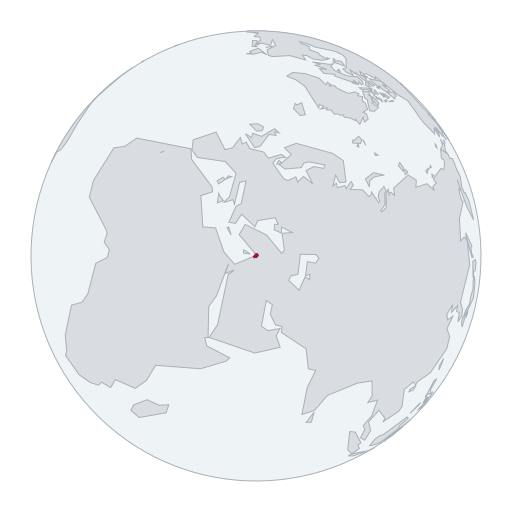 Hatay highlighted on a globe, orthographic projection, rotated 47°
{"feature_id": "TUR-2289", "entity_name": "Hatay", "entity_type": "Province", "adm_level": 1, "iso_a3": "TUR", "parent_name": "Turkey", "parent_adm1": "", "projection": "orthographic", "projection_center": [36.26, 36.42], "detail": "fine", "context": "on_globe", "style": "filled", "palette": "rose", "viewbox_px": 512, "rotation_deg": 47, "n_neighbors": 0, "source": "natural_earth", "source_scale": "10m", "svg_char_len": 11099}
<svg xmlns="http://www.w3.org/2000/svg" viewBox="0 0 512 512"><g transform="rotate(47 256 256)"><circle cx="256" cy="256" r="225" fill="#eef3f6" stroke="#a8b0b8"/><path d="M220.9,33.5L236.0,32.4L262.5,32.7L272.0,32.4L269.0,33.2L288.0,33.4L303.1,35.9L285.2,33.4L282.8,33.5L292.6,35.1L292.3,35.7L296.8,37.0L295.5,37.8L285.2,36.9L284.1,37.5L291.2,38.7L294.3,40.6L284.1,38.7L288.5,42.1L272.0,42.5L245.8,39.1L235.8,42.1L206.5,46.5L208.3,47.6L198.4,50.7L196.7,53.4L191.8,54.0L194.8,55.7L199.6,54.6L202.6,55.2L202.1,56.8L195.7,57.7L195.0,57.0L192.8,58.1L189.8,58.0L191.0,59.0L183.3,60.2L190.1,61.6L183.3,64.7L178.4,64.9L180.0,61.5L172.7,55.4L168.2,55.5L160.3,58.5L142.9,70.7L137.5,72.7L129.3,77.7L131.7,77.9L139.0,74.1L141.5,76.2L150.1,71.9L152.3,72.4L160.7,69.8L158.1,74.0L151.1,79.7L144.1,82.2L140.8,85.0L146.5,86.0L132.4,94.7L121.4,107.9L117.8,110.1L112.8,107.3L115.4,97.9L108.9,96.5L111.8,101.6L102.9,107.8L100.9,110.9L100.6,113.2L103.5,112.6L100.2,115.9L96.1,111.6L99.0,108.5L100.3,109.7L101.4,105.6L98.6,103.8L94.3,107.6L94.6,102.4L91.5,105.3L89.9,106.1L94.7,101.7L86.0,109.9L85.6,108.6L96.4,97.0L107.9,86.3L120.1,76.3L133.1,67.2L146.6,59.1L160.7,51.9L175.2,45.7L190.1,40.6L205.4,36.5L220.9,33.5ZM34.0,217.9L32.3,229.2L31.5,248.4L31.3,259.3L31.0,262.4L31.6,268.7L31.7,271.9L37.5,296.9L43.3,315.5L45.1,326.5L44.1,330.8L47.9,342.3L42.4,327.5L37.9,312.3L34.4,296.8L32.1,281.1L30.9,265.3L30.8,249.5L31.8,233.6L34.0,217.9ZM229.7,32.3L231.8,32.0L228.6,32.4L227.0,32.6L229.7,32.3ZM279.0,32.5L273.6,32.0L278.9,32.4L279.0,32.5ZM297.7,37.1L299.3,37.1L301.0,37.8L297.7,37.1ZM161.5,67.8L161.1,68.8L159.7,68.7L161.5,67.8ZM165.5,65.9L164.3,65.1L166.0,64.1L166.7,64.6L165.5,65.9ZM300.5,39.8L302.7,41.2L298.7,39.6L300.5,39.8ZM166.6,67.2L169.2,62.5L172.3,60.8L177.6,61.5L166.6,67.2ZM302.8,41.9L308.3,45.9L312.4,46.1L303.8,48.1L302.0,43.8L296.4,41.5L301.1,42.4L302.8,41.9ZM201.4,53.7L196.2,54.8L201.0,52.4L201.4,53.7ZM203.7,52.1L214.3,45.1L221.7,44.6L216.6,46.9L226.6,45.5L225.1,48.6L219.3,50.1L214.8,49.7L217.6,51.3L203.7,52.1ZM298.2,48.8L298.0,49.9L296.3,48.6L298.2,48.8ZM204.1,55.2L205.6,53.7L212.1,53.1L210.4,56.1L208.8,55.3L204.1,55.2ZM230.0,43.7L234.6,44.1L234.6,46.7L236.3,47.2L225.7,48.7L230.0,43.7ZM207.1,56.3L209.4,57.8L205.8,59.6L203.2,56.7L207.1,56.3ZM214.6,51.8L217.6,51.7L215.3,52.7L214.6,51.8ZM194.6,67.7L196.2,65.5L199.7,64.9L194.6,67.7ZM210.4,58.2L211.6,57.6L213.2,57.2L213.9,58.6L210.4,58.2ZM226.4,50.6L225.5,51.7L230.8,50.1L231.0,52.2L223.9,52.9L227.0,53.5L227.1,54.2L221.2,54.1L226.4,50.6ZM219.4,59.0L210.4,61.1L206.6,65.1L203.4,65.7L210.0,59.2L219.4,59.0ZM221.0,56.1L219.3,57.9L216.1,57.4L215.3,55.9L221.0,56.1ZM233.7,53.5L235.2,50.0L236.7,50.0L233.7,53.5ZM218.9,60.2L221.1,59.7L219.0,60.5L218.9,60.2ZM229.9,55.6L230.2,54.3L231.9,54.3L229.9,55.6ZM225.2,59.9L222.3,60.5L221.6,59.4L225.2,59.9ZM227.8,58.0L230.1,58.4L223.2,58.6L227.7,57.4L227.8,58.0ZM231.4,55.8L232.6,55.4L231.1,56.4L231.4,55.8ZM229.3,64.1L220.7,64.7L219.3,62.1L227.8,61.8L229.3,64.1ZM89.9,323.3L80.0,286.2L86.3,277.2L88.5,262.7L133.2,230.5L141.5,237.2L175.4,241.0L179.4,244.0L174.2,255.2L198.5,275.0L207.9,266.4L231.3,276.8L247.6,277.3L255.7,255.1L228.9,253.8L225.5,242.4L248.0,233.9L271.6,235.5L271.0,231.2L257.2,221.4L263.6,213.5L252.5,217.4L256.2,221.9L249.3,224.8L245.5,220.9L247.9,218.1L241.1,215.8L231.2,230.7L234.0,236.9L215.5,238.0L218.2,248.7L212.8,252.9L206.1,236.6L207.6,231.0L194.3,212.0L191.0,217.8L203.4,236.4L199.1,234.4L194.8,243.4L194.6,235.0L182.0,214.2L166.0,214.0L143.8,231.8L134.8,230.5L128.2,222.7L138.2,200.7L157.1,206.2L160.9,199.3L158.7,186.6L164.6,189.7L166.0,185.5L173.3,187.2L185.2,179.5L192.8,180.3L199.1,168.1L203.9,167.1L198.8,174.4L199.4,180.4L218.6,183.1L222.7,180.9L225.3,172.9L230.2,175.1L230.2,167.1L242.0,165.3L227.6,161.1L230.2,152.6L238.1,146.8L236.4,143.5L223.4,152.9L220.6,157.5L222.3,162.5L212.2,175.4L205.3,176.7L206.0,161.0L196.2,161.3L201.1,149.7L233.2,130.0L245.8,127.1L263.2,139.7L259.4,144.8L251.2,142.6L257.3,152.2L257.5,147.7L261.6,149.8L265.1,142.9L268.2,144.1L266.3,135.7L270.5,136.4L271.6,141.7L280.4,132.9L289.5,132.9L290.0,130.4L287.9,127.8L300.9,130.0L300.6,128.1L296.3,126.6L293.1,122.1L292.4,115.1L297.0,116.2L297.8,118.9L306.4,126.5L307.9,134.0L309.7,133.8L309.4,127.7L299.0,118.2L297.3,113.7L302.9,117.5L300.7,115.8L301.3,113.9L306.1,113.3L300.3,109.0L300.5,89.5L309.9,87.1L314.8,92.2L319.7,81.7L329.9,81.0L325.8,79.4L325.5,74.1L322.3,74.2L320.4,73.1L318.1,61.0L321.1,59.5L315.6,53.8L313.5,53.1L311.0,53.8L303.8,48.1L312.4,46.1L316.6,47.6L319.1,45.9L328.4,49.7L337.2,52.5L346.0,58.5L352.2,60.7L352.5,59.9L361.1,62.7L378.1,72.3L363.3,68.1L337.6,57.0L348.0,61.5L345.3,61.8L348.9,64.4L356.2,67.8L357.3,67.3L367.4,81.7L384.5,96.1L384.1,90.5L389.2,91.3L408.2,105.8L429.1,137.8L436.1,141.5L440.1,146.4L441.9,153.2L436.2,146.1L433.2,147.0L429.7,142.3L430.6,151.6L425.6,145.3L428.8,156.2L433.4,159.4L434.4,153.0L439.3,165.8L447.1,169.4L453.9,179.7L460.3,208.0L458.1,223.1L459.2,227.2L455.3,226.8L454.8,238.6L465.6,251.8L466.9,257.8L463.8,276.5L462.9,272.4L452.7,271.3L454.1,286.9L461.9,291.2L464.8,302.1L460.2,303.5L456.9,294.2L453.2,293.5L451.9,280.6L444.3,265.4L439.5,274.2L437.6,266.5L426.5,256.3L418.2,268.4L406.7,298.8L408.8,318.7L403.2,330.4L387.2,308.4L380.4,290.3L374.3,294.7L358.1,282.7L329.2,289.6L325.3,285.0L319.8,288.7L308.4,285.3L302.7,277.2L295.6,278.9L311.1,299.9L318.7,298.2L325.4,287.9L328.2,295.7L339.3,300.6L326.1,323.1L283.6,345.8L280.0,330.9L250.4,288.7L251.5,283.7L251.4,283.1L251.1,282.1L247.9,290.3L242.9,281.5L258.2,312.1L260.6,324.9L283.0,346.7L280.8,349.3L288.2,353.3L312.5,344.7L312.5,349.6L300.7,373.4L267.5,403.9L272.3,420.9L270.5,434.5L250.5,443.2L253.1,452.1L243.0,454.9L242.9,459.4L235.2,463.6L222.0,466.3L198.7,463.1L196.6,459.4L184.0,449.7L166.1,424.5L171.2,414.5L168.9,404.7L152.1,378.2L155.7,365.8L151.4,358.9L142.4,357.6L137.6,349.0L132.2,347.0L99.3,337.8L89.9,323.3ZM116.6,251.5L115.1,255.7L116.6,251.5ZM296.0,248.7L310.4,247.9L304.8,234.3L309.9,233.0L306.1,229.0L304.3,233.3L295.2,222.3L301.8,217.4L300.5,211.3L295.6,211.4L285.0,222.3L298.0,237.8L294.3,244.1L296.0,248.7ZM36.8,204.2L36.0,207.7L36.1,206.9L36.8,204.2ZM48.2,169.1L46.6,173.2L47.6,170.6L48.2,169.1ZM103.2,108.1L103.4,108.5L102.4,111.4L101.4,110.9L103.2,108.1ZM106.8,120.1L101.4,125.2L104.5,121.0L102.1,121.0L105.7,112.6L116.3,110.8L110.8,112.9L106.8,120.1ZM113.5,101.6L110.0,106.7L113.4,101.3L113.5,101.6ZM166.8,162.4L168.7,166.0L165.1,170.3L155.4,170.7L160.6,164.4L166.8,162.4ZM172.3,170.3L175.6,155.5L181.8,155.1L177.8,157.7L181.5,159.0L176.0,163.6L178.6,178.4L175.6,183.2L159.4,180.4L166.3,178.5L164.0,174.8L172.3,170.3ZM173.4,123.1L175.0,118.0L186.3,123.6L183.6,127.8L173.7,128.1L171.2,123.3L173.4,123.1ZM175.6,69.8L175.5,68.5L177.2,68.1L178.8,68.9L175.6,69.8ZM195.0,66.7L178.1,75.7L177.1,74.5L168.4,81.9L162.3,81.7L168.1,76.8L156.9,82.6L159.8,78.1L152.5,82.5L166.1,71.5L168.2,68.2L168.2,71.9L173.7,72.0L176.7,71.1L186.9,66.1L194.1,59.5L200.7,59.1L203.5,60.6L202.8,62.1L198.7,61.8L200.6,64.1L194.2,64.8L195.0,66.7ZM232.1,85.4L227.6,83.1L230.5,90.2L224.0,90.0L224.8,90.9L219.6,92.8L214.6,96.8L211.8,96.1L211.1,98.0L207.6,99.5L205.7,101.9L200.1,101.7L197.2,104.8L196.2,102.9L192.7,108.4L192.8,104.3L188.3,106.2L190.6,109.2L165.2,104.5L154.5,106.6L145.5,110.8L146.8,103.9L156.0,95.8L168.7,88.7L178.8,88.0L177.5,85.3L182.0,84.3L181.1,86.9L185.1,82.4L188.6,82.3L199.9,77.7L203.5,71.8L207.7,70.2L208.0,72.5L212.0,69.4L215.4,72.7L218.5,71.7L225.0,74.4L223.7,79.7L227.3,78.3L232.4,80.6L232.1,85.4ZM230.9,65.0L230.9,70.8L227.4,73.8L217.6,68.1L214.3,68.5L208.0,65.6L213.2,61.5L214.6,62.6L217.1,62.9L214.4,64.0L218.5,63.3L220.4,65.0L224.1,64.9L223.1,66.8L230.9,65.0ZM184.8,240.4L188.0,241.6L193.3,242.1L190.7,248.0L184.8,240.4ZM175.9,226.3L178.9,226.2L177.8,234.2L174.5,233.2L175.9,226.3ZM181.5,219.6L179.2,225.6L178.5,221.7L181.5,219.6ZM201.7,174.1L205.1,173.7L205.1,175.6L202.8,178.2L201.7,174.1ZM239.1,108.3L237.2,106.1L238.4,105.3L238.4,99.3L243.2,99.3L245.0,102.9L239.1,108.3ZM250.6,258.9L245.4,263.1L243.1,260.9L245.4,259.9L250.6,258.9ZM216.2,256.2L223.7,259.9L215.4,257.8L216.2,256.2ZM244.3,107.3L243.8,104.8L246.5,106.4L244.3,107.3ZM246.6,99.0L250.0,100.3L243.7,98.6L246.6,99.0ZM336.1,466.6L336.4,466.4L336.5,466.4L336.1,466.6ZM309.4,428.7L294.4,451.6L283.6,452.7L281.4,447.1L286.8,433.7L299.3,428.5L305.3,421.3L309.4,428.7ZM476.4,302.7L476.4,302.8L476.4,302.6L476.4,302.7ZM476.0,303.8L477.0,299.9L475.4,306.3L476.0,303.8ZM475.1,306.6L468.3,321.4L465.0,325.0L466.3,320.6L471.7,311.9L475.1,306.6ZM466.0,321.0L460.2,321.0L448.3,307.2L452.6,303.5L464.2,306.7L463.6,310.1L467.2,311.7L466.0,321.0ZM478.0,283.2L477.2,292.1L474.0,299.7L472.2,302.2L471.1,294.5L471.8,287.8L473.4,284.9L476.8,255.2L478.6,255.3L478.2,266.5L479.4,270.1L478.0,283.2ZM409.9,320.0L415.3,328.9L411.9,332.7L409.9,320.0ZM476.0,237.8L476.1,250.5L475.3,235.7L476.0,237.8ZM474.3,225.4L475.4,229.1L473.9,227.2L474.3,225.4ZM461.2,232.7L459.6,236.8L458.5,234.1L459.9,227.3L461.2,232.7ZM459.0,188.6L462.9,196.7L464.0,200.1L461.3,196.7L459.0,188.6ZM284.3,106.9L279.0,115.0L278.4,121.5L283.0,126.0L274.2,123.4L275.2,113.3L284.3,106.9ZM298.1,91.4L294.0,88.0L297.2,87.6L298.6,88.3L298.1,91.4ZM294.6,90.6L286.9,90.2L285.6,87.1L291.9,88.0L294.6,90.6ZM265.6,98.0L263.7,100.2L261.5,98.8L265.6,98.0ZM479.8,281.5L480.1,276.6L479.1,287.0L478.7,289.0L479.1,282.3L479.9,270.5L480.2,264.4L481.2,253.9L480.0,269.4L480.2,272.9L481.0,264.8L480.4,273.1L480.3,277.5L479.8,281.5ZM480.2,240.4L478.9,237.4L478.9,243.3L478.0,227.2L479.5,232.7L480.2,240.4ZM477.5,228.9L477.5,234.3L476.8,225.7L477.5,228.9ZM476.9,232.9L475.8,228.6L476.4,226.8L476.9,232.9ZM477.7,227.5L475.9,219.0L477.1,222.4L477.7,227.5ZM472.7,219.4L475.7,221.6L473.7,225.3L468.6,210.7L469.1,207.4L472.7,219.4ZM444.2,144.8L441.4,141.6L440.4,138.1L442.7,141.3L444.2,144.8ZM434.8,125.2L439.3,136.2L442.4,145.8L443.7,145.7L448.5,153.7L444.0,150.3L438.4,138.8L436.9,132.8L432.2,126.8L428.3,119.9L422.3,114.2L419.2,110.0L424.2,113.5L434.8,125.2ZM419.8,112.0L407.9,101.2L408.2,98.0L410.9,99.6L416.2,105.8L415.7,107.1L419.8,112.0ZM405.1,97.8L404.5,99.1L385.8,89.4L381.9,86.7L396.3,91.5L396.5,93.2L401.1,96.4L405.1,97.8ZM300.5,50.1L298.2,49.9L299.7,49.4L300.5,50.1ZM318.7,73.3L316.3,71.7L318.1,70.9L318.7,73.3ZM310.6,67.2L310.2,69.1L308.8,66.6L310.6,67.2ZM309.6,73.8L309.2,69.7L312.3,74.4L309.6,73.8Z" fill="#d9dde1" stroke="#a8b0b8" stroke-width="1"/><path d="M257.3,254.4L257.2,254.4L257.2,254.5L257.1,254.8L257.1,255.0L257.0,255.4L257.0,255.6L256.9,255.7L256.9,255.8L256.9,256.0L257.0,256.1L257.0,256.3L257.3,256.5L257.1,256.8L256.8,256.8L256.7,256.8L256.4,256.8L256.3,257.0L256.3,257.6L256.2,257.7L256.0,257.8L255.9,257.8L255.7,258.0L255.7,258.3L255.4,258.2L255.2,258.2L255.1,257.9L255.0,258.0L254.9,258.0L254.9,257.9L255.1,257.7L255.0,257.3L254.8,256.9L254.7,256.9L254.7,256.7L254.5,256.4L254.6,256.2L254.8,256.1L254.9,255.9L255.0,255.9L255.3,255.6L255.7,255.3L255.8,255.3L255.8,255.2L255.8,254.9L255.8,254.6L255.6,254.2L255.4,254.0L255.2,254.0L254.9,254.1L255.2,253.7L255.3,253.7L255.5,253.7L255.8,253.7L256.1,253.7L256.2,253.8L256.3,253.9L256.6,253.9L256.8,254.1L257.1,254.2L257.1,254.3L257.3,254.4L257.3,254.4Z" fill="#f43f5e" stroke="#9f1239" stroke-width="1.5"/></g></svg>